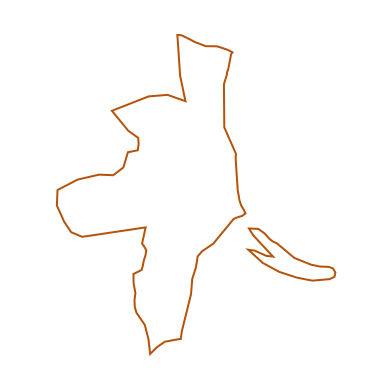 Mannārama, Robinson projection, rotated 175°
{"feature_id": "LKA-2457", "entity_name": "Mannārama", "entity_type": "District", "adm_level": 1, "iso_a3": "LKA", "parent_name": "Sri Lanka", "parent_adm1": "", "projection": "robinson", "projection_center": [80.02, 8.88], "detail": "fine", "context": "isolated", "style": "outline", "palette": "amber", "viewbox_px": 384, "rotation_deg": 175, "n_neighbors": 0, "source": "natural_earth", "source_scale": "10m", "svg_char_len": 1392}
<svg xmlns="http://www.w3.org/2000/svg" viewBox="0 0 384 384"><g transform="rotate(175 192 192)"><path d="M139.5,327.6L141.0,325.9L141.6,323.7L145.5,310.2L146.0,309.6L146.3,309.3L147.2,305.4L150.8,296.6L154.2,253.6L144.9,226.2L145.6,221.5L146.3,190.3L146.3,189.9L145.4,179.4L144.2,174.3L142.2,170.4L140.6,166.0L144.2,163.8L149.4,162.7L152.9,161.5L175.4,138.6L187.1,132.1L192.0,127.3L194.6,116.6L199.3,105.5L201.9,90.2L214.4,53.8L214.8,51.8L216.0,46.5L218.8,46.5L232.2,45.2L240.4,40.5L247.8,34.3L248.2,49.3L250.6,63.7L257.8,76.5L258.5,79.6L259.0,82.9L258.7,89.6L257.2,96.0L258.1,106.4L257.5,115.4L249.0,118.7L247.3,123.1L246.0,127.9L243.9,132.9L242.6,138.0L244.5,142.0L246.2,145.0L241.3,160.8L305.3,156.9L315.9,162.5L321.9,173.4L327.8,190.3L325.8,205.7L305.0,214.3L283.1,217.4L269.1,215.6L258.2,222.4L252.4,237.2L242.4,238.3L240.9,244.9L240.9,250.6L250.1,258.5L264.7,279.9L227.0,291.0L207.9,290.9L190.6,283.0L193.7,308.9L192.9,349.7L189.2,349.2L186.0,347.4L175.6,340.9L165.7,336.1L154.2,334.9L144.0,330.5L139.5,327.6ZM62.5,105.5L58.2,103.6L56.2,99.4L57.5,95.1L62.5,93.2L79.8,93.2L87.5,95.4L95.4,97.7L112.0,104.8L127.7,115.2L141.0,129.6L134.6,128.1L123.5,121.9L116.9,120.6L127.0,133.5L134.9,143.7L138.4,150.7L129.1,149.4L123.0,144.1L118.8,138.4L115.7,135.6L111.7,133.3L95.7,117.3L87.8,113.3L79.9,109.3L74.1,107.5L71.0,106.6L62.5,105.5Z" fill="none" stroke="#b45309" stroke-width="2"/></g></svg>